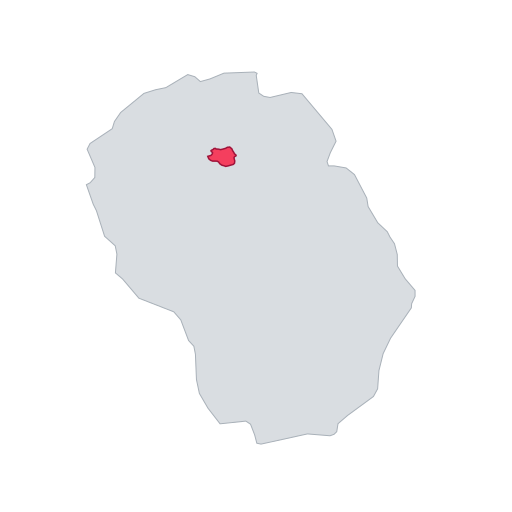 Oslomej highlighted on a map of North Macedonia, rotated 74°
{"feature_id": "MKD-2956", "entity_name": "Oslomej", "entity_type": "Statistical Region", "adm_level": 1, "iso_a3": "MKD", "parent_name": "North Macedonia", "parent_adm1": "", "projection": "natural_earth1", "projection_center": [21.026, 41.576], "detail": "fine", "context": "in_parent", "style": "filled", "palette": "rose", "viewbox_px": 512, "rotation_deg": 74, "n_neighbors": 0, "source": "natural_earth", "source_scale": "10m", "svg_char_len": 1766}
<svg xmlns="http://www.w3.org/2000/svg" viewBox="0 0 512 512"><g transform="rotate(74 256 256)"><path d="M231.0,133.6L239.4,134.6L257.6,129.8L268.9,123.1L274.7,122.0L282.4,119.5L293.5,119.8L304.7,122.8L319.0,118.9L332.9,112.6L338.6,114.2L344.7,119.5L348.7,121.0L372.1,149.3L384.9,160.7L400.0,169.4L417.2,175.7L423.4,181.8L434.5,211.9L439.8,223.4L447.1,226.8L448.9,230.1L449.2,234.4L441.2,255.6L438.2,303.0L436.2,306.8L427.6,306.6L416.2,307.6L411.9,311.3L407.4,336.8L389.1,344.1L372.5,348.3L358.4,347.3L333.7,341.3L325.6,340.6L318.7,344.1L296.7,345.9L287.0,350.4L264.3,380.2L241.3,390.6L233.5,395.8L215.9,389.2L207.4,388.5L195.3,396.1L168.5,396.9L161.3,398.2L140.7,399.4L139.9,395.3L136.1,389.3L126.5,386.4L106.8,388.9L102.1,384.5L94.0,359.1L87.7,355.0L80.7,346.5L68.8,318.9L68.5,306.8L69.3,296.3L62.8,271.6L66.8,265.4L73.0,261.4L73.1,251.5L71.4,236.4L78.7,206.8L80.7,204.6L82.5,206.0L100.1,208.4L104.6,204.6L107.5,198.8L108.5,177.1L112.7,167.1L155.2,148.1L167.7,147.4L177.2,156.1L184.8,161.7L189.4,161.5L191.0,155.9L196.2,145.1L204.9,138.9L230.7,133.6L231.0,133.6Z" fill="#d9dde1" stroke="#a8b0b8" stroke-width="1"/><path d="M154.2,247.6L154.6,249.3L155.5,250.1L157.2,250.2L158.8,250.2L160.9,251.1L161.7,252.6L161.7,255.0L161.7,257.9L161.5,260.5L160.6,261.6L159.3,263.8L157.3,265.4L155.4,266.0L154.2,267.1L153.6,268.8L152.8,271.6L151.5,273.3L149.6,274.6L146.9,274.9L146.9,273.1L146.9,271.6L146.1,270.2L144.9,269.3L144.2,269.4L143.3,270.2L142.3,270.2L142.0,269.4L141.7,267.7L141.1,266.8L141.2,266.2L141.4,265.3L142.2,264.8L142.9,262.7L144.0,260.7L144.1,258.6L144.1,255.5L143.6,253.6L143.9,252.0L144.0,251.2L144.8,250.7L146.2,249.7L148.4,249.4L150.3,248.8L151.9,248.5L153.2,247.5L154.1,247.5L154.2,247.6Z" fill="#f43f5e" stroke="#9f1239" stroke-width="1.5"/></g></svg>